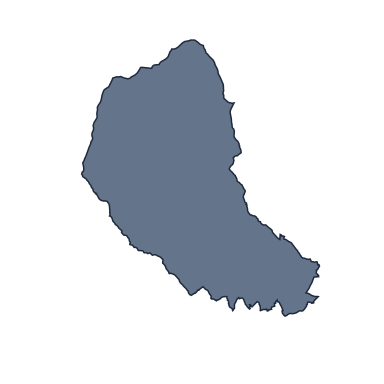 the district of Vaideeni, Vâlcea, Romania, rotated 343°
{"feature_id": "2599482B16463900446430", "entity_name": "Vaideeni", "entity_type": "district", "adm_level": 2, "iso_a3": "ROU", "parent_name": "Romania", "parent_adm1": "Vâlcea", "projection": "natural_earth1", "projection_center": [23.883, 45.229], "detail": "fine", "context": "isolated", "style": "filled", "palette": "slate", "viewbox_px": 384, "rotation_deg": 343, "n_neighbors": 0, "source": "geoboundaries", "source_scale": "gbopen_adm2", "svg_char_len": 6049}
<svg xmlns="http://www.w3.org/2000/svg" viewBox="0 0 384 384"><g transform="rotate(343 192 192)"><path d="M282.1,329.0L281.2,328.5L279.2,328.0L276.4,326.1L273.7,323.1L271.5,321.9L276.2,317.9L277.3,316.4L279.9,314.0L283.6,309.2L284.6,309.1L286.6,309.7L287.3,309.4L288.3,310.0L288.6,308.7L288.1,308.1L288.1,307.6L287.2,306.3L287.4,304.9L288.0,304.1L288.1,303.1L289.0,303.0L290.1,302.3L290.3,301.8L292.2,300.3L292.3,299.0L291.7,298.7L291.7,298.3L290.9,298.3L291.2,295.5L290.2,295.0L288.5,295.0L287.3,294.0L286.4,293.8L285.6,292.9L285.5,290.9L285.3,290.6L283.8,290.5L281.8,289.5L280.7,288.5L279.2,287.9L277.6,286.3L277.6,285.3L276.9,283.7L276.7,281.9L276.0,281.0L275.7,278.9L274.8,277.1L272.1,269.5L270.2,267.8L267.8,264.8L266.2,264.0L266.2,263.0L267.4,261.6L265.9,260.5L264.7,260.2L264.9,259.3L263.9,258.4L262.1,263.1L260.3,260.8L257.4,254.6L257.2,253.6L257.4,252.4L257.0,251.2L254.7,248.1L253.0,245.1L250.6,244.4L249.3,243.0L248.7,242.0L248.7,240.4L247.0,239.3L247.1,236.8L246.2,235.8L246.0,234.4L244.9,233.2L243.5,232.7L242.1,231.4L241.2,231.0L240.2,228.9L239.7,226.8L239.8,225.7L240.3,223.6L240.2,222.5L240.3,221.5L240.7,220.8L240.6,220.2L240.0,219.8L240.6,219.4L240.9,218.6L239.5,217.0L239.7,215.4L239.5,212.3L239.6,211.7L240.6,209.8L241.5,209.3L241.8,208.4L243.0,207.2L243.2,206.0L242.5,204.0L241.8,199.7L241.1,199.1L239.8,196.5L239.0,195.9L238.5,195.1L238.4,194.0L238.7,192.5L238.5,192.1L238.6,191.3L238.1,189.5L238.2,189.0L237.2,187.3L236.1,184.6L234.9,182.8L234.9,182.3L234.4,181.5L234.4,180.8L235.0,179.9L236.7,178.5L238.8,177.6L239.7,176.8L240.3,175.6L241.2,174.4L241.5,171.5L241.7,171.1L242.3,171.1L242.8,170.5L243.8,170.2L246.1,170.6L247.0,170.0L250.5,168.8L250.9,166.9L250.9,164.4L250.4,163.2L251.0,162.1L251.0,161.5L250.7,160.7L251.1,159.8L250.6,156.9L249.5,155.2L248.4,151.9L248.6,151.1L248.5,150.6L250.2,146.6L250.3,144.2L249.5,142.8L249.4,142.2L249.8,139.6L250.1,138.9L250.0,137.7L251.0,133.5L251.7,127.1L252.3,125.7L253.3,124.3L258.2,119.1L256.3,118.9L253.2,117.0L252.6,116.4L249.9,111.8L249.9,111.3L250.7,108.6L250.2,107.2L250.9,106.2L252.0,104.0L252.4,101.9L253.0,100.0L253.3,98.1L252.4,89.9L251.8,87.2L251.8,85.5L252.1,84.3L252.2,82.0L251.9,81.2L251.9,79.9L251.3,78.0L251.3,74.7L250.8,72.1L248.0,67.0L247.2,64.7L246.1,63.2L246.1,60.0L245.5,58.0L245.5,56.0L245.7,55.2L244.2,54.3L242.7,52.8L241.5,50.7L239.4,47.9L238.9,47.5L235.2,46.3L233.3,46.5L229.1,46.0L226.8,46.5L221.1,49.3L218.8,50.0L216.6,50.1L214.5,49.3L213.4,50.6L211.9,51.5L209.0,55.3L207.8,56.2L205.3,57.3L200.5,58.4L198.8,59.4L197.8,60.5L194.0,59.7L192.5,59.6L190.8,60.3L189.6,62.0L180.7,58.2L179.2,57.9L178.0,59.2L174.6,62.1L172.0,63.3L169.7,63.9L167.8,64.1L166.1,65.0L163.6,65.1L162.6,64.2L161.3,63.7L159.0,62.0L157.8,60.8L155.8,60.6L153.6,59.8L149.5,59.9L148.2,61.7L143.1,67.1L139.0,68.2L137.2,69.2L134.3,73.1L132.3,77.0L130.8,79.2L127.6,81.8L126.1,83.6L125.8,85.4L123.9,89.2L123.2,92.8L121.5,94.5L118.7,96.9L116.8,99.7L116.7,101.5L116.0,103.7L113.6,106.5L113.0,108.1L112.7,109.1L112.9,110.8L112.2,112.5L111.7,113.2L110.2,114.3L108.8,116.8L107.1,118.6L100.9,126.9L99.2,128.6L98.0,130.4L96.1,132.1L95.5,137.5L94.7,139.6L94.2,140.4L92.9,140.8L91.7,142.6L92.2,144.2L92.0,144.7L92.2,145.5L94.8,148.9L95.0,150.1L96.0,151.9L96.3,154.0L97.4,156.7L97.1,157.5L97.4,158.7L98.0,159.9L98.0,162.9L99.2,164.5L99.2,165.4L99.9,165.5L99.6,165.8L100.0,166.2L100.5,167.7L101.1,171.2L102.1,172.8L103.2,173.8L104.7,174.7L106.7,175.3L108.2,176.2L108.4,176.6L108.3,177.2L109.0,178.4L109.1,179.9L108.9,181.4L107.7,186.8L107.2,188.0L107.0,190.0L106.1,190.8L106.8,191.3L107.6,192.4L107.9,194.5L107.8,196.7L109.0,199.2L109.2,200.7L110.4,202.1L111.2,203.7L111.4,205.0L113.6,208.5L113.6,208.8L112.9,209.6L112.8,210.2L113.6,212.2L114.3,213.4L115.8,214.0L116.8,214.7L117.4,217.0L118.1,218.3L117.8,220.5L118.2,222.4L117.2,223.7L117.3,224.2L118.7,224.9L119.8,225.9L120.4,228.0L121.9,228.5L122.9,229.5L123.1,229.8L123.3,231.6L123.8,232.4L126.0,233.1L127.8,234.0L128.1,234.5L128.3,235.9L128.8,236.3L129.9,236.4L131.1,237.2L131.7,238.0L134.0,238.0L134.5,238.6L134.9,239.9L135.8,240.9L138.0,241.0L139.0,241.5L140.8,243.4L141.7,243.9L143.2,245.8L144.5,248.4L143.3,250.9L143.2,251.6L143.7,252.2L144.6,254.2L144.9,256.2L144.9,257.8L145.5,259.3L145.8,260.3L146.2,260.9L146.3,263.3L146.6,263.5L147.8,263.4L148.6,264.1L149.6,264.6L151.5,266.6L151.9,267.4L153.9,271.8L154.0,274.2L154.6,276.1L156.0,278.2L156.2,279.2L158.1,282.7L158.9,285.0L159.5,285.8L159.1,287.3L159.9,289.6L160.5,289.9L161.1,290.6L164.9,289.5L165.2,289.8L166.5,289.3L169.3,287.4L169.8,287.9L171.4,287.0L174.9,285.8L176.5,289.1L177.6,290.0L178.5,291.3L178.9,294.7L179.5,295.8L179.8,297.1L179.6,298.2L179.0,299.0L179.4,300.0L181.3,300.6L183.4,303.1L183.8,302.6L184.3,302.9L187.2,302.6L189.6,301.4L191.4,301.3L194.6,302.1L194.8,302.4L194.3,304.0L194.8,305.5L194.3,305.9L194.9,306.8L195.0,307.5L195.0,307.9L194.3,308.9L194.6,309.9L194.1,310.6L194.4,312.1L194.3,312.6L194.6,313.3L196.5,315.3L196.1,316.5L196.3,317.4L198.7,315.5L199.3,313.1L200.1,311.4L201.6,310.1L203.6,307.7L205.7,306.7L205.7,307.4L206.0,307.9L208.2,307.8L209.2,308.2L209.5,308.7L210.1,310.1L210.0,311.9L210.3,313.3L210.2,315.0L210.9,316.3L211.3,317.9L212.8,320.8L213.5,320.4L212.8,319.2L214.3,318.7L214.1,316.6L214.9,316.8L215.1,318.7L215.8,319.4L222.3,315.9L222.8,316.3L223.7,317.6L223.4,319.2L223.6,320.0L223.9,320.6L223.6,321.4L223.7,322.0L223.1,324.1L222.6,325.3L222.9,325.5L226.1,325.2L227.4,325.8L228.9,325.8L228.8,326.3L229.3,326.4L229.2,327.8L230.6,327.8L230.9,327.2L233.7,327.4L233.6,326.9L234.7,325.3L237.7,325.4L238.2,322.5L239.5,322.8L240.1,321.1L241.2,321.0L241.8,320.4L241.7,321.8L243.3,323.2L243.3,324.3L244.0,327.7L244.4,331.8L244.4,332.0L243.3,332.1L243.1,334.6L244.0,337.0L244.7,337.9L246.6,337.7L247.9,337.1L249.7,336.7L252.8,337.8L254.5,338.0L256.5,338.0L260.2,337.0L262.1,337.9L263.3,338.0L265.7,336.6L267.9,334.8L268.3,334.4L268.6,333.4L269.4,333.2L269.9,332.0L270.6,331.2L271.3,331.3L273.4,332.3L273.6,333.0L274.0,333.4L275.9,333.6L276.1,333.5L276.0,333.3L275.3,333.0L277.4,331.5L282.1,329.0Z" fill="#64748b" stroke="#1e293b" stroke-width="1.5"/></g></svg>